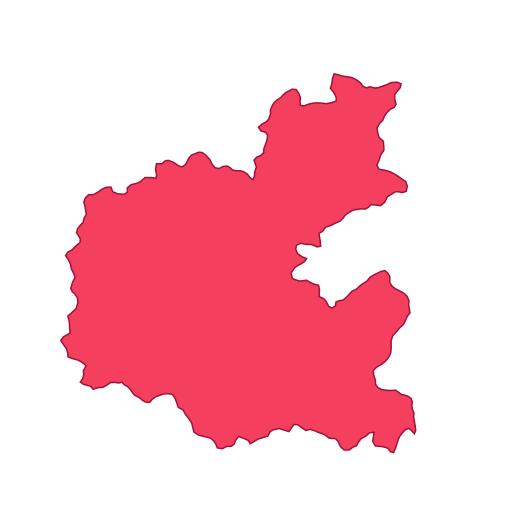 São Domingos do Prata, Minas Gerais, Brazil, rotated 10°
{"feature_id": "56859067B42582373576108", "entity_name": "São Domingos do Prata", "entity_type": "district", "adm_level": 2, "iso_a3": "BRA", "parent_name": "Brazil", "parent_adm1": "Minas Gerais", "projection": "albers", "projection_center": [-42.883, -19.879], "detail": "fine", "context": "isolated", "style": "filled", "palette": "rose", "viewbox_px": 512, "rotation_deg": 10, "n_neighbors": 0, "source": "geoboundaries", "source_scale": "gbopen_adm2", "svg_char_len": 4979}
<svg xmlns="http://www.w3.org/2000/svg" viewBox="0 0 512 512"><g transform="rotate(10 256 256)"><path d="M225.4,440.1L230.1,442.3L234.4,442.7L238.4,442.9L242.7,443.2L246.5,445.4L249.1,448.2L251.2,451.7L256.2,451.7L260.4,448.5L264.7,447.7L267.0,445.3L268.0,441.0L270.2,436.8L276.2,437.9L280.6,439.0L282.8,441.9L286.1,439.2L289.9,435.9L295.0,433.3L299.0,431.3L300.4,426.5L303.5,424.0L308.9,421.9L314.1,422.6L318.9,423.2L320.8,419.0L322.6,415.4L326.3,414.9L331.1,417.2L335.5,419.2L339.3,417.3L344.6,418.0L348.3,419.0L352.4,419.5L356.2,420.7L359.1,422.5L362.3,422.6L365.8,422.0L369.1,424.3L370.8,427.1L373.0,429.6L376.5,431.7L381.7,430.7L385.0,427.1L387.9,425.6L389.0,422.0L391.3,417.5L395.6,414.2L398.2,410.6L402.9,409.1L402.9,413.0L403.2,418.4L406.4,422.3L413.8,421.8L419.4,422.4L422.4,425.4L425.6,425.7L426.7,421.2L427.4,416.4L427.9,411.7L429.1,408.0L431.2,404.2L433.6,400.8L436.4,399.2L439.5,400.9L442.8,403.6L443.6,400.2L442.3,395.7L440.5,390.9L439.3,387.6L438.8,383.2L436.8,380.2L435.6,377.0L435.2,372.5L433.5,369.4L429.8,367.6L426.6,367.2L423.4,367.2L420.3,365.5L416.6,363.9L412.1,365.1L408.4,365.5L403.0,365.7L398.9,364.4L396.1,361.8L395.1,357.6L392.7,353.0L391.3,348.3L394.6,344.0L398.9,340.5L401.5,337.4L403.5,334.2L404.8,331.1L405.5,327.4L405.0,322.6L403.8,316.0L404.5,310.7L407.4,306.3L409.9,301.9L412.9,298.1L414.2,294.3L415.4,289.2L417.5,285.2L415.9,280.9L414.7,277.1L414.4,273.4L411.7,269.4L408.0,267.0L403.8,265.5L399.3,264.2L395.4,262.2L392.4,259.1L391.4,253.0L388.6,249.8L385.5,248.0L381.8,249.5L378.3,252.0L375.2,254.3L372.0,257.1L369.8,261.2L364.0,266.7L360.5,271.3L356.6,274.1L352.8,280.0L349.7,284.2L345.9,285.5L342.8,287.3L342.8,291.4L340.2,293.9L336.3,293.1L333.6,289.2L330.1,286.2L325.2,285.0L324.4,278.2L322.7,273.9L318.0,273.7L313.2,272.3L309.8,271.1L306.6,272.2L303.0,273.1L299.2,272.6L295.7,271.9L293.5,266.6L296.3,260.5L299.4,257.7L302.1,255.7L304.9,252.9L306.3,249.8L301.9,248.9L296.5,246.4L293.9,242.4L294.0,238.4L297.9,235.7L303.5,235.8L308.3,235.1L311.6,235.6L314.8,236.4L318.0,235.1L316.7,230.3L315.3,226.3L314.1,222.8L317.2,220.2L319.7,215.4L324.2,213.0L329.0,209.5L332.8,207.0L335.2,203.5L336.8,200.2L340.1,196.9L343.5,194.1L347.5,192.5L352.0,191.2L355.4,190.8L358.2,188.6L360.3,185.5L364.5,185.0L369.9,184.8L373.3,180.9L375.1,174.8L379.1,171.3L382.1,168.6L385.2,168.0L389.0,168.2L392.7,166.2L392.9,160.9L390.4,156.6L387.1,155.3L383.6,153.5L379.3,151.7L373.8,149.8L368.1,149.2L362.1,149.2L359.2,145.4L360.5,140.8L361.3,134.8L363.6,129.7L362.8,125.9L361.5,120.9L356.5,117.8L354.5,113.4L352.9,109.0L354.7,104.0L357.2,100.4L358.3,95.6L360.0,92.1L362.6,88.4L366.2,85.7L367.6,82.3L365.5,77.7L364.5,73.0L366.8,68.6L368.9,65.1L369.0,61.3L364.7,60.3L358.8,61.8L355.2,64.5L351.2,66.7L347.0,69.1L343.4,70.0L339.0,69.5L335.3,71.3L331.6,70.1L329.2,67.5L325.2,65.4L319.3,63.6L314.4,63.6L309.6,63.9L305.3,63.2L301.3,63.0L300.5,67.5L300.8,73.5L300.1,77.9L304.1,81.4L307.1,85.2L308.2,89.3L304.1,91.7L298.9,93.8L293.1,94.1L288.3,94.8L284.6,95.9L280.9,97.6L277.3,99.8L273.5,99.9L272.6,96.7L272.3,92.4L269.9,88.5L266.7,85.1L262.7,85.4L259.8,87.7L257.0,89.8L254.8,92.6L252.9,95.7L249.8,98.5L247.2,101.9L245.8,105.3L244.9,109.9L245.6,113.7L244.7,119.1L242.7,122.2L239.2,124.8L236.1,128.8L239.0,131.9L244.2,132.7L246.5,135.2L246.7,139.5L246.0,144.5L245.1,148.9L245.6,152.7L243.2,156.2L239.5,158.5L237.4,161.9L239.1,165.0L240.9,168.3L240.1,173.3L240.6,177.9L239.6,181.4L236.6,179.9L233.2,176.8L229.1,175.1L225.6,174.8L222.1,175.4L218.0,175.4L215.1,173.5L211.7,172.4L208.1,173.5L204.4,176.3L200.2,176.2L197.0,173.3L193.6,168.9L189.2,165.5L184.9,163.4L181.4,163.8L178.8,165.5L175.2,167.6L172.8,171.3L171.7,175.4L170.4,178.5L167.6,181.1L163.6,180.5L159.0,178.2L152.9,177.0L149.8,178.3L147.2,181.5L141.9,182.4L142.0,188.2L144.1,193.4L143.9,196.9L139.3,196.9L133.1,198.0L129.6,202.4L125.9,205.2L120.7,207.4L117.4,211.3L118.3,215.3L115.7,218.1L109.2,218.8L103.8,217.6L101.1,213.3L96.5,214.4L92.1,217.4L89.8,220.1L85.2,223.8L80.5,224.7L78.0,228.3L77.0,232.8L79.1,236.9L80.3,240.9L81.7,244.6L80.1,248.6L79.9,252.9L77.6,256.2L75.5,260.2L75.2,264.3L77.6,266.8L80.0,269.6L80.4,273.2L77.2,276.9L73.6,282.1L70.0,284.9L68.4,288.7L71.4,291.8L74.8,296.2L76.4,300.8L79.4,304.7L81.6,308.4L79.9,313.7L79.2,320.1L81.3,323.1L84.1,324.8L87.5,328.3L88.7,333.1L88.0,338.9L84.1,344.2L81.1,347.9L83.2,352.3L84.2,355.8L85.2,360.4L86.4,363.9L83.7,366.3L80.5,368.9L78.4,372.9L81.7,376.6L85.1,379.9L87.3,383.7L88.4,388.0L93.2,388.9L98.9,389.4L103.6,391.1L107.8,393.6L105.9,398.8L107.0,403.0L106.6,406.9L104.8,410.6L108.3,412.3L111.7,412.6L115.7,413.0L118.8,415.5L123.5,413.0L128.0,411.9L131.3,409.3L134.8,405.8L139.2,405.0L142.8,404.9L145.9,403.6L148.7,405.7L151.9,406.7L155.0,408.9L157.9,411.8L160.5,414.2L165.2,415.5L169.4,417.9L172.7,419.0L176.7,418.6L178.7,415.1L181.7,412.0L185.7,409.8L188.5,408.1L192.4,407.0L197.6,406.7L200.7,409.8L203.4,414.2L205.7,418.6L210.8,420.2L214.1,424.3L218.2,428.0L221.6,431.5L223.7,436.3L225.4,440.1Z" fill="#f43f5e" stroke="#9f1239" stroke-width="1.5"/></g></svg>